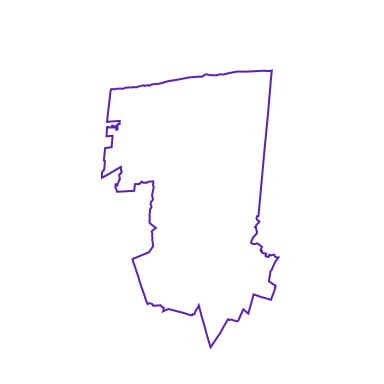 Hoa Binh, Bạc Liêu, Vietnam (Natural Earth projection), rotated 199°
{"feature_id": "81297802B62740202990840", "entity_name": "Hoa Binh", "entity_type": "district", "adm_level": 2, "iso_a3": "VNM", "parent_name": "Vietnam", "parent_adm1": "Bạc Liêu", "projection": "natural_earth1", "projection_center": [105.623, 9.258], "detail": "fine", "context": "isolated", "style": "outline", "palette": "violet", "viewbox_px": 384, "rotation_deg": 199, "n_neighbors": 0, "source": "geoboundaries", "source_scale": "gbopen_adm2", "svg_char_len": 5868}
<svg xmlns="http://www.w3.org/2000/svg" viewBox="0 0 384 384"><g transform="rotate(199 192 192)"><path d="M262.8,167.8L262.3,168.1L247.0,174.3L248.5,180.8L246.1,181.8L244.3,182.5L244.0,182.8L243.0,185.5L241.0,184.9L240.3,185.0L239.8,185.3L238.9,186.0L238.4,186.1L237.8,185.9L237.7,185.9L237.0,187.0L236.8,187.3L236.3,187.6L232.7,189.3L232.2,189.4L232.0,189.2L231.5,188.0L231.3,186.1L230.8,185.3L230.4,184.9L229.9,184.4L229.7,183.9L229.6,183.2L229.5,181.7L229.3,180.9L229.2,179.2L228.9,178.2L229.0,177.2L228.9,176.8L228.6,176.1L228.3,175.0L228.2,174.7L227.3,173.9L227.1,173.7L226.7,172.3L226.5,171.5L226.6,171.3L226.9,170.6L227.3,169.9L227.5,169.4L227.5,169.0L227.3,168.1L227.4,167.6L227.3,167.2L227.1,166.8L225.9,165.5L225.6,165.1L225.5,164.7L225.4,163.7L225.5,163.4L225.9,163.1L225.9,161.2L225.4,160.5L225.3,160.1L225.2,159.2L224.9,157.3L224.3,155.6L223.6,153.9L222.6,150.3L222.0,149.2L221.7,148.8L220.2,148.2L214.5,146.3L215.0,145.6L215.3,144.8L216.2,143.8L216.5,143.2L217.0,142.5L217.1,142.0L217.2,141.6L216.8,140.8L215.9,139.7L215.8,139.2L215.5,137.9L215.3,137.4L214.5,135.7L214.2,135.0L214.1,134.0L212.7,131.5L212.2,130.2L211.4,128.9L211.2,128.0L211.3,127.1L211.8,125.7L213.1,121.0L225.6,110.0L226.4,109.2L224.2,105.9L221.6,102.8L218.8,99.0L215.8,95.3L213.0,91.2L212.3,90.2L211.8,89.7L209.3,86.2L204.0,79.7L201.6,76.4L200.3,74.7L198.7,72.8L197.6,71.7L197.5,72.0L197.1,72.3L196.5,72.7L195.8,73.0L194.4,73.1L193.5,73.1L192.8,72.9L192.4,72.8L192.1,72.4L191.7,71.8L191.1,71.9L189.5,72.8L188.0,73.2L187.3,73.7L186.3,74.0L185.1,74.5L184.9,74.7L183.6,73.9L182.7,73.4L182.1,73.3L181.0,73.4L180.9,73.1L181.0,72.5L180.9,72.2L180.4,71.0L180.3,70.7L180.4,69.9L178.1,72.0L176.2,73.7L166.9,74.4L163.9,74.7L160.8,74.9L155.2,75.0L152.7,75.2L151.9,75.4L151.7,75.7L151.9,76.0L151.9,76.4L151.7,76.6L150.6,76.9L150.3,77.0L150.0,77.4L150.0,77.6L149.9,78.2L150.0,79.0L150.0,79.5L149.6,81.5L149.6,82.3L149.1,83.8L149.0,84.0L149.0,84.6L148.7,87.0L146.6,83.9L145.8,82.7L140.6,75.0L137.8,71.1L130.8,60.8L129.5,59.1L123.9,51.2L120.5,64.0L119.7,66.5L119.6,67.0L119.4,67.3L119.5,67.8L119.2,69.6L118.5,73.0L118.4,74.1L117.3,79.7L116.7,83.1L116.5,83.4L115.5,83.2L115.1,83.1L114.8,83.2L114.4,83.4L113.5,84.1L112.8,84.3L112.4,84.3L111.4,84.1L109.2,84.3L108.3,84.2L108.0,84.2L106.9,84.6L106.5,85.3L106.3,85.6L105.9,92.0L105.6,93.3L105.5,96.2L105.2,97.8L103.9,97.2L99.2,95.3L100.1,111.3L100.5,115.2L98.3,115.3L92.8,115.2L87.4,115.6L82.2,115.8L82.2,117.9L82.0,122.5L82.1,127.8L82.1,128.7L82.5,128.8L82.5,130.7L85.7,131.3L88.0,132.1L90.2,132.5L91.6,140.7L92.0,142.3L91.9,142.7L91.6,143.8L91.3,144.1L91.2,146.5L90.6,153.4L89.8,155.4L89.0,158.3L89.4,158.2L91.2,157.7L92.0,157.7L92.6,158.1L93.6,159.2L93.9,159.4L94.3,159.4L94.6,159.3L95.5,158.5L96.6,157.8L97.0,157.8L98.1,158.0L98.2,157.9L98.3,156.8L98.3,156.7L98.5,156.7L98.6,155.4L99.5,155.3L101.5,155.4L101.7,155.6L101.7,156.1L101.7,157.8L103.9,157.5L104.7,157.3L105.1,157.3L106.1,157.7L106.4,157.8L106.5,157.9L106.6,159.1L107.0,159.2L107.3,158.7L107.9,158.7L108.1,158.8L108.2,159.1L108.1,161.1L108.0,163.0L110.0,163.5L112.5,164.5L113.1,164.6L113.5,164.6L113.9,164.5L114.6,163.8L115.3,163.4L116.0,163.1L116.6,162.9L117.2,162.9L117.8,162.9L118.9,162.9L119.3,163.0L119.6,163.1L119.7,163.8L119.8,165.1L119.7,166.1L119.6,167.9L119.5,168.5L119.1,169.6L117.5,173.3L117.3,174.1L117.3,174.4L117.5,175.1L117.8,175.8L118.2,176.4L119.3,177.8L119.5,178.1L119.9,179.2L120.0,179.3L120.6,179.2L120.8,179.2L121.0,179.2L121.0,179.4L120.5,180.4L120.4,181.6L120.2,182.0L119.5,183.7L118.7,185.2L118.6,185.6L118.8,186.0L119.2,186.4L121.0,186.7L121.6,187.0L122.3,187.8L122.5,188.3L122.5,190.4L121.4,190.8L121.7,192.4L137.4,256.4L145.8,291.5L150.4,309.6L152.2,317.1L153.4,321.3L154.6,326.5L156.1,332.8L156.6,332.4L159.5,331.1L163.6,330.0L166.5,328.9L169.8,327.5L175.4,325.3L179.2,323.7L187.9,320.8L191.3,319.0L196.4,316.1L199.0,314.2L201.3,313.0L202.5,312.7L203.6,312.6L204.6,312.0L206.7,310.4L209.5,309.4L213.8,308.2L214.9,308.1L215.7,308.2L216.9,307.8L218.3,306.9L219.0,305.5L219.5,304.7L220.8,304.1L223.8,303.0L228.5,300.9L231.2,299.9L240.8,294.3L251.0,288.8L256.7,284.8L258.9,283.4L262.4,282.0L263.8,281.1L264.9,280.6L265.9,279.9L266.9,278.6L267.4,278.5L268.0,278.7L268.7,278.6L271.1,277.0L271.4,276.8L271.8,276.8L272.2,277.2L272.6,277.1L273.1,276.8L275.4,275.2L277.2,274.3L277.6,273.8L278.0,273.2L278.6,272.9L279.7,272.5L280.5,272.5L281.6,272.1L282.4,271.4L285.9,270.3L289.2,268.7L290.9,267.1L291.8,266.7L292.5,266.7L293.4,266.5L297.2,264.9L298.9,263.8L299.9,263.5L300.6,263.5L302.0,262.7L301.8,262.0L301.8,260.4L301.7,259.8L300.6,255.2L297.1,239.0L295.2,230.7L283.5,235.7L282.6,232.6L284.4,231.8L284.6,231.6L282.9,227.4L282.8,226.9L282.9,226.7L283.5,226.3L283.7,226.2L283.9,226.2L285.0,228.6L285.3,229.0L285.7,229.3L286.0,229.4L286.3,229.1L286.3,227.9L286.5,227.6L287.3,227.4L287.6,227.5L287.9,227.8L288.3,229.0L288.9,228.9L289.1,228.8L289.2,228.7L288.8,227.2L288.8,226.9L292.0,225.9L292.3,225.8L292.4,226.2L293.4,225.8L292.4,222.1L291.0,216.8L285.4,219.3L284.2,214.6L282.6,208.2L288.5,205.2L286.7,197.9L286.0,194.6L285.6,193.1L284.6,193.0L284.4,192.9L282.5,185.3L282.7,184.7L282.6,184.4L282.5,183.9L282.5,183.5L282.5,183.3L283.1,182.6L283.4,181.7L283.4,181.2L282.5,178.1L281.8,176.2L279.1,179.0L277.0,181.4L273.8,185.2L267.4,192.7L266.9,192.2L266.9,191.5L266.8,191.1L266.6,190.5L266.5,189.7L266.2,189.4L265.5,189.1L265.2,188.6L265.1,188.0L265.4,187.2L265.2,186.4L265.3,186.1L265.6,185.8L266.2,185.4L266.3,185.2L266.4,184.7L266.2,184.0L265.7,183.2L265.6,182.7L265.0,182.1L264.9,181.7L264.7,181.1L264.3,180.5L264.3,180.3L264.7,179.9L264.6,179.0L264.8,178.5L264.6,177.8L264.8,177.2L265.0,175.9L265.0,175.5L264.7,174.4L264.7,173.9L265.1,173.5L265.3,173.5L265.5,173.5L265.9,174.3L266.2,174.5L266.5,174.6L266.8,174.5L266.8,174.3L266.5,173.5L266.1,172.0L266.0,171.6L265.6,171.0L264.3,169.7L263.1,168.1L262.8,167.8Z" fill="none" stroke="#5b21b6" stroke-width="2"/></g></svg>